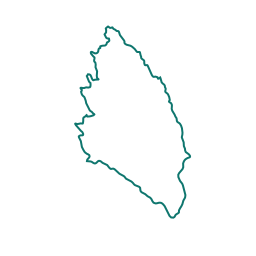 outline of Ysyk-Köl, rotated 65°
{"feature_id": "KGZ-1117", "entity_name": "Ysyk-Köl", "entity_type": "Region", "adm_level": 1, "iso_a3": "KGZ", "parent_name": "Kyrgyzstan", "parent_adm1": "", "projection": "albers", "projection_center": [77.293, 42.048], "detail": "fine", "context": "isolated", "style": "outline", "palette": "teal", "viewbox_px": 256, "rotation_deg": 65, "n_neighbors": 0, "source": "natural_earth", "source_scale": "10m", "svg_char_len": 5370}
<svg xmlns="http://www.w3.org/2000/svg" viewBox="0 0 256 256"><g transform="rotate(65 128 128)"><path d="M226.1,117.6L226.4,118.5L226.6,120.4L226.8,121.4L227.3,122.2L227.9,122.9L228.3,123.7L228.4,124.8L227.3,126.7L225.2,127.5L214.3,127.8L212.0,128.4L210.5,129.1L209.8,129.7L209.2,130.6L208.8,131.6L208.4,133.8L208.0,134.9L206.5,136.4L204.6,136.8L202.5,136.8L200.6,137.3L198.1,139.1L195.3,140.3L192.0,142.8L191.1,143.1L190.1,143.2L187.3,142.3L186.3,142.6L185.6,143.1L183.5,145.1L182.6,145.9L181.7,146.3L179.7,146.8L178.0,147.5L173.1,151.2L170.5,151.8L169.7,152.2L165.8,155.1L159.9,157.5L159.3,157.9L158.7,158.4L158.4,159.0L158.0,160.5L157.6,161.1L156.0,161.8L152.8,162.5L148.8,165.8L147.0,166.6L146.3,167.1L145.5,168.1L145.4,169.1L146.2,171.4L146.3,172.4L145.9,173.4L145.1,174.1L143.3,175.2L142.6,175.9L141.6,177.6L140.7,179.2L139.8,178.6L139.3,178.0L139.1,177.5L138.7,176.6L138.3,175.7L138.0,175.3L137.7,175.0L137.4,174.8L136.9,174.7L136.5,174.6L136.2,174.6L135.7,174.9L134.7,175.5L134.1,176.1L132.1,177.2L131.0,177.5L128.9,177.7L125.7,177.8L120.0,176.3L115.8,176.4L115.2,176.3L114.8,176.1L114.7,175.8L114.6,175.3L114.6,174.6L114.6,174.3L114.7,173.9L115.3,172.6L115.4,172.3L115.4,171.9L115.2,171.6L114.8,171.3L114.2,171.1L112.7,171.1L112.2,171.2L110.7,171.9L103.4,174.0L102.0,174.1L101.8,174.0L101.8,173.7L102.0,173.4L102.2,173.2L102.6,172.8L102.8,172.6L103.0,172.3L103.1,172.0L103.6,170.1L103.7,169.5L103.8,169.1L103.9,168.8L104.6,167.7L104.8,167.2L104.7,167.0L104.4,166.7L104.1,166.5L102.7,165.6L100.4,164.5L99.8,163.9L99.7,163.6L99.7,163.3L99.5,162.1L99.3,161.4L99.1,160.9L98.9,160.3L98.8,160.1L99.0,160.0L99.4,160.2L99.5,160.3L99.9,160.3L100.2,160.2L100.5,159.9L101.3,157.8L101.6,156.4L101.9,153.9L101.5,152.8L101.3,152.8L101.1,152.8L100.4,153.3L99.5,153.6L98.1,154.0L97.7,154.2L97.2,154.6L96.8,154.8L96.2,155.1L95.8,155.2L87.9,155.4L85.4,154.8L82.3,154.5L81.8,154.5L81.2,154.6L79.9,155.2L78.9,155.5L77.9,155.6L75.8,155.3L75.4,155.2L75.1,155.0L75.0,154.7L74.9,154.5L74.7,154.2L74.4,154.0L73.9,153.8L73.5,153.7L72.7,154.1L72.0,154.2L71.7,154.1L71.6,153.9L71.7,153.6L71.8,153.3L72.5,152.3L73.0,151.4L73.3,150.6L73.3,150.3L73.4,149.3L73.5,148.9L73.6,148.5L73.8,148.2L74.5,147.1L74.6,146.8L74.8,145.7L74.9,145.4L74.8,145.1L74.7,144.8L74.5,144.6L73.6,144.0L72.4,143.4L71.8,143.2L71.3,143.0L71.0,143.1L70.3,143.5L69.4,143.7L63.5,143.4L63.4,143.2L63.2,142.8L63.1,142.5L62.4,141.6L63.1,140.4L63.6,140.0L64.1,139.7L64.4,139.7L65.4,139.6L68.2,139.8L69.5,139.6L69.9,139.4L70.1,139.1L70.2,138.1L70.2,137.8L70.7,136.4L71.5,134.4L71.4,134.2L71.2,134.2L70.9,134.3L69.9,134.8L69.6,134.8L69.3,134.8L68.6,134.6L67.2,134.1L63.7,132.1L63.0,132.0L59.8,131.8L59.4,131.8L58.1,131.2L57.2,130.6L55.5,130.1L55.1,130.0L54.8,130.0L53.7,130.4L53.4,130.4L53.1,130.4L52.6,130.2L52.0,129.9L51.0,129.1L50.4,128.8L50.0,128.6L49.7,128.6L48.7,129.1L45.3,130.0L44.9,130.1L44.5,130.0L43.9,129.8L43.6,129.6L43.5,129.3L43.6,128.9L43.7,128.6L43.9,128.4L44.1,128.2L45.0,127.6L45.9,126.8L46.4,126.4L46.5,126.1L46.7,125.8L46.9,125.1L46.9,124.7L46.9,124.3L46.8,123.8L46.4,123.1L46.1,122.7L45.8,122.5L44.2,121.4L43.9,121.0L43.7,120.7L43.8,119.9L43.8,119.5L43.6,119.2L43.3,119.1L42.9,119.0L42.5,118.8L42.3,118.6L42.3,118.3L42.3,118.0L42.6,116.5L42.7,116.2L43.5,114.1L43.5,113.8L43.5,113.4L43.3,112.8L43.2,112.5L43.0,112.3L42.6,111.7L41.8,111.1L41.6,110.9L41.6,110.6L41.6,110.3L41.6,109.9L41.4,109.1L41.2,108.4L41.0,108.1L40.6,107.9L39.5,107.6L39.2,107.5L38.9,107.5L38.7,107.8L38.5,108.1L38.4,108.4L38.2,108.7L38.1,108.9L37.6,109.2L37.4,109.4L36.9,109.6L33.7,109.7L33.3,109.7L33.1,109.5L33.0,109.3L32.3,107.8L32.1,107.5L31.8,107.3L30.5,106.7L30.3,106.5L30.0,106.4L29.6,106.3L28.5,106.1L28.4,105.9L28.2,105.7L27.7,103.8L27.6,103.2L29.3,102.2L29.7,101.9L29.8,101.7L30.0,101.1L30.1,100.9L30.1,100.0L30.2,99.7L30.5,99.5L31.1,99.5L31.6,99.4L32.1,99.2L33.2,98.3L33.8,97.9L34.8,97.5L35.3,97.2L35.5,96.9L36.0,96.0L36.4,95.7L37.0,95.6L40.2,96.0L41.0,95.9L47.0,94.6L48.0,94.6L48.8,95.0L49.3,95.2L49.5,95.2L49.9,95.2L50.3,95.1L50.7,94.9L51.8,94.2L52.1,93.9L54.4,91.1L55.3,90.4L56.3,89.8L59.3,88.5L62.6,87.8L62.8,87.6L63.1,87.4L63.9,85.6L64.1,85.4L64.4,85.2L64.9,85.3L67.6,85.9L68.7,85.9L70.0,86.4L70.5,86.4L71.1,86.2L73.4,85.0L73.7,85.0L74.2,85.0L76.2,85.9L77.6,86.1L77.9,86.1L78.2,85.9L78.5,85.6L78.7,85.2L78.8,84.8L78.9,84.5L79.1,84.1L79.3,83.9L79.9,83.8L90.0,84.0L90.9,83.9L92.1,83.5L92.4,83.2L92.6,82.9L92.9,81.8L93.1,81.3L94.2,80.1L94.4,79.9L94.6,79.8L94.9,79.8L95.5,80.0L95.8,80.0L96.0,79.9L96.2,79.5L96.2,79.0L95.8,77.5L96.6,77.5L100.8,78.2L102.2,77.8L104.0,76.9L104.7,76.8L105.3,76.8L106.5,77.2L108.2,77.2L109.1,77.7L109.8,78.3L110.7,78.8L111.4,78.8L113.6,77.7L114.5,77.5L117.4,77.6L120.3,78.3L120.5,78.6L120.7,79.0L121.0,79.3L121.5,79.7L122.6,79.2L123.3,78.7L123.7,78.5L124.7,78.4L125.7,78.5L126.6,78.9L129.1,80.3L131.0,80.6L135.6,80.1L137.6,80.2L139.6,79.9L140.4,80.1L142.2,80.7L143.1,80.7L143.8,80.4L145.4,79.4L146.3,79.1L148.2,78.9L151.0,79.2L155.3,80.6L157.1,81.6L158.6,82.8L159.3,83.2L164.5,83.6L168.0,85.0L170.8,85.1L172.5,85.7L174.2,85.8L177.5,84.0L179.2,83.6L180.3,83.9L180.6,84.5L180.4,86.8L180.5,88.1L180.7,89.3L181.2,90.4L181.9,91.5L183.4,93.0L186.9,94.5L188.3,96.0L190.4,100.6L191.6,102.2L193.8,103.1L197.9,103.2L201.4,102.4L203.3,102.5L213.0,104.3L214.8,105.4L215.5,106.1L217.2,108.5L220.1,111.0L221.6,112.9L222.8,114.8L224.2,116.6L226.1,117.6Z" fill="none" stroke="#0f766e" stroke-width="2"/></g></svg>